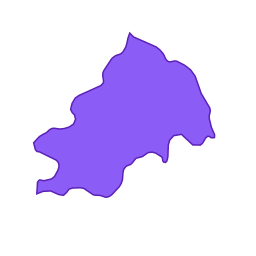 outline of Quthing, rotated 198°
{"feature_id": "LSO-1205", "entity_name": "Quthing", "entity_type": "District", "adm_level": 1, "iso_a3": "LSO", "parent_name": "Lesotho", "parent_adm1": "", "projection": "equal_earth", "projection_center": [27.994, -30.33], "detail": "fine", "context": "isolated", "style": "filled", "palette": "violet", "viewbox_px": 256, "rotation_deg": 198, "n_neighbors": 0, "source": "natural_earth", "source_scale": "10m", "svg_char_len": 1681}
<svg xmlns="http://www.w3.org/2000/svg" viewBox="0 0 256 256"><g transform="rotate(198 128 128)"><path d="M213.2,84.8L209.6,92.5L206.4,96.2L204.5,97.9L201.9,102.3L200.4,103.9L198.4,104.9L192.4,106.0L188.6,107.7L184.2,110.8L181.0,115.0L180.6,120.1L182.8,123.8L185.9,125.5L188.3,127.9L188.8,134.2L187.4,140.2L184.6,143.9L167.0,159.9L165.4,163.2L165.9,165.4L168.3,170.2L168.9,172.9L168.7,175.2L165.2,188.0L164.5,189.7L162.8,192.2L161.2,193.8L159.4,195.0L157.7,196.4L156.3,198.9L155.1,204.5L155.3,209.0L155.8,213.4L155.7,218.8L150.8,216.3L126.3,213.8L122.0,212.2L117.9,209.8L115.9,208.0L114.3,206.1L112.5,204.5L110.1,203.6L108.3,203.9L104.4,206.2L102.3,206.6L93.6,205.2L86.4,202.6L80.2,198.1L69.0,183.4L56.4,172.3L55.1,170.0L54.7,167.5L54.6,165.0L53.9,162.6L48.9,154.4L43.5,148.3L42.8,145.6L45.7,144.4L47.9,145.1L49.6,144.8L51.0,142.7L52.4,136.7L53.8,134.2L61.1,131.9L75.2,138.5L82.2,134.8L84.6,129.4L84.4,124.2L81.3,113.4L80.9,110.8L80.9,108.5L81.7,106.8L83.6,106.6L84.6,107.3L86.1,110.1L86.9,110.9L93.9,112.7L97.6,112.5L101.1,110.9L102.1,109.9L105.4,105.3L111.0,101.7L111.7,100.1L112.9,96.7L113.6,95.2L114.6,93.8L117.1,91.9L118.1,90.7L119.3,87.4L119.0,84.1L117.3,77.2L117.3,73.2L118.1,69.6L122.5,60.1L124.0,57.9L125.7,56.3L127.9,55.2L133.5,55.3L138.8,53.9L140.6,53.8L151.3,56.9L155.0,56.4L162.1,53.8L165.2,51.6L166.5,47.7L168.5,44.1L173.3,43.3L182.2,44.2L189.2,41.5L194.4,37.2L196.0,43.5L197.3,48.3L196.7,50.4L195.8,51.4L191.8,51.8L185.5,55.6L183.8,57.6L182.8,59.7L181.9,64.4L181.6,66.7L181.6,68.7L181.9,70.6L182.7,72.4L184.2,74.1L186.5,75.3L204.5,77.9L206.0,77.8L207.3,77.5L208.5,78.2L209.5,78.9L213.1,84.7L213.2,84.8Z" fill="#8b5cf6" stroke="#5b21b6" stroke-width="1.5"/></g></svg>